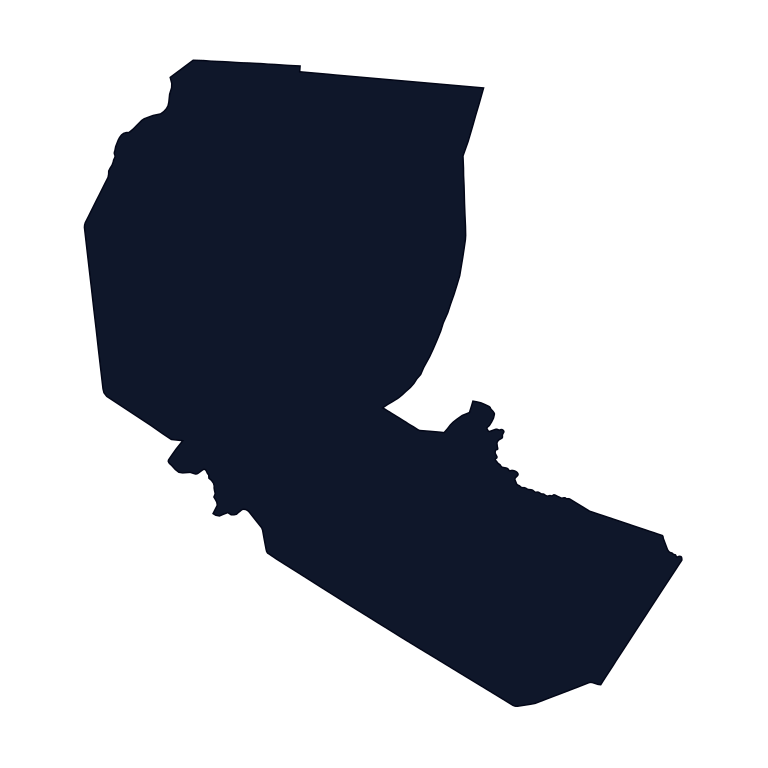 the border of Michigan, rotated 185°
{"feature_id": "USA-3562", "entity_name": "Michigan", "entity_type": "State", "adm_level": 1, "iso_a3": "USA", "parent_name": "United States of America", "parent_adm1": "", "projection": "robinson", "projection_center": [-86.829, 45.001], "detail": "fine", "context": "isolated", "style": "filled", "palette": "ink", "viewbox_px": 768, "rotation_deg": 185, "n_neighbors": 0, "source": "natural_earth", "source_scale": "10m", "svg_char_len": 6102}
<svg xmlns="http://www.w3.org/2000/svg" viewBox="0 0 768 768"><g transform="rotate(185 384 384)"><path d="M141.9,103.3L144.7,103.4L150.2,104.7L152.0,104.8L153.7,104.4L160.7,100.9L171.9,95.4L195.2,84.1L205.6,79.0L210.3,77.7L223.0,74.6L225.3,74.5L227.5,75.1L241.3,82.0L269.0,95.7L282.8,102.5L296.7,109.4L310.6,116.3L324.5,123.1L338.4,130.0L346.2,133.9L354.0,137.9L361.7,141.8L369.5,145.7L377.3,149.7L400.7,161.5L410.0,166.3L428.7,175.9L447.4,185.6L456.7,190.4L466.1,195.2L475.4,200.0L476.7,200.7L477.9,201.4L479.1,202.1L480.3,202.7L481.5,203.4L482.7,204.1L484.0,204.8L485.2,205.4L486.3,206.9L487.0,208.9L488.5,214.2L490.0,219.6L492.2,227.8L493.3,230.1L499.3,236.4L507.2,244.8L508.9,246.1L510.8,246.9L513.0,247.0L514.5,246.5L515.5,245.6L516.5,244.5L517.8,243.4L519.6,241.4L522.1,240.6L524.9,240.4L528.4,242.3L533.1,240.0L536.4,238.2L540.2,238.6L543.0,240.0L539.5,248.7L540.3,251.8L541.8,254.1L543.6,256.6L543.0,258.5L542.6,259.8L543.0,261.5L543.6,263.2L544.2,265.7L544.2,266.9L544.4,268.1L545.2,270.3L547.5,273.0L550.2,274.9L550.7,278.2L551.1,278.5L552.1,279.6L553.6,282.2L554.5,283.1L555.8,283.4L557.0,282.8L561.3,279.0L562.5,278.2L563.8,277.9L565.4,278.2L569.3,279.1L576.9,277.9L580.7,278.2L584.4,280.6L588.7,284.6L590.0,285.5L591.4,286.8L592.2,288.3L592.0,289.6L588.8,295.3L585.4,301.1L579.5,310.0L591.0,310.2L600.5,315.4L612.6,322.4L626.3,329.8L659.1,347.5L662.2,350.9L663.5,354.7L671.6,394.0L675.6,413.9L679.7,433.7L683.7,453.5L687.8,473.3L695.9,513.0L696.1,514.0L696.1,516.3L695.6,518.8L693.2,524.7L690.9,530.6L686.3,542.3L683.9,548.2L679.3,559.9L676.9,565.8L676.6,569.0L676.8,572.2L675.6,575.2L674.0,578.3L673.1,581.6L672.9,583.5L671.9,586.2L671.7,587.7L672.6,589.7L672.8,590.4L672.8,591.4L672.4,593.1L672.0,597.1L670.0,603.9L668.9,606.5L667.2,609.2L665.2,611.0L662.7,612.0L660.0,612.3L656.2,616.0L648.3,625.5L645.9,627.4L637.4,631.4L630.1,633.6L627.1,636.2L624.8,639.2L623.4,642.3L622.9,646.0L622.8,654.0L621.4,660.6L621.6,664.9L623.7,670.8L602.3,689.9L591.5,690.5L584.9,690.5L578.3,690.8L572.4,691.1L565.8,691.3L559.7,691.4L553.1,691.6L546.5,692.0L540.1,692.2L534.0,692.5L527.4,692.5L520.9,692.8L514.5,692.9L508.0,693.0L495.3,693.5L495.2,687.7L490.0,687.7L478.1,687.7L466.2,687.7L460.2,687.6L454.2,687.6L442.3,687.6L436.3,687.6L430.4,687.6L418.4,687.6L406.5,687.6L394.6,687.6L388.6,687.6L382.6,687.6L376.7,687.6L370.7,687.6L364.8,687.6L346.9,687.6L334.9,687.6L323.0,687.6L317.0,687.6L311.1,687.6L310.6,687.6L311.9,680.8L313.7,671.3L316.1,659.6L317.9,650.0L319.6,641.5L321.4,632.7L325.2,618.1L323.6,605.8L322.9,598.7L321.6,589.0L320.6,580.4L319.6,571.5L318.1,559.6L316.6,548.3L315.6,539.1L315.5,534.8L316.0,525.9L316.6,516.5L317.5,505.0L318.0,498.5L320.1,488.3L322.1,479.2L324.6,469.6L326.7,460.5L330.3,450.0L332.1,441.8L335.0,432.4L338.0,423.3L340.9,415.3L345.9,403.9L348.3,396.7L351.7,392.1L354.2,387.3L357.4,382.9L361.8,378.3L364.7,375.0L368.4,371.4L374.1,367.1L378.5,364.0L383.3,360.1L380.6,358.9L378.2,357.6L376.0,356.6L373.6,355.3L370.9,354.0L368.6,352.8L366.1,351.6L361.3,349.1L358.8,347.9L356.4,346.5L353.9,345.3L351.0,344.0L346.2,341.4L344.6,340.8L332.7,340.9L324.4,340.9L319.9,340.8L316.9,344.9L314.3,349.0L311.8,352.0L308.4,355.2L303.3,359.5L296.4,363.0L294.9,369.7L293.9,374.7L289.9,374.3L285.8,373.7L281.8,372.4L277.5,370.8L276.2,369.9L276.1,369.5L275.7,368.8L274.9,367.9L273.1,366.3L272.0,365.0L271.5,364.2L271.4,363.5L271.8,360.5L272.0,359.4L273.5,355.6L275.4,351.9L276.1,351.1L277.2,350.0L277.6,349.4L277.6,348.9L277.5,348.4L277.0,347.6L276.4,346.7L275.9,346.2L275.5,345.9L275.0,345.9L274.5,346.0L268.9,348.6L268.4,348.7L267.8,348.8L267.2,348.7L265.5,348.2L264.9,348.2L264.4,348.4L263.5,348.8L262.9,348.9L262.2,348.8L261.0,348.1L260.6,347.5L260.4,346.9L260.5,346.4L261.4,344.4L261.5,343.8L261.6,343.0L261.4,341.9L261.4,341.1L261.7,340.5L262.0,340.2L264.5,338.5L264.8,338.2L265.1,337.8L265.7,337.0L266.1,336.0L266.3,335.5L266.4,335.2L266.3,334.6L265.7,331.7L265.1,329.8L265.1,329.0L265.5,328.6L266.0,328.5L266.5,328.3L266.8,328.0L267.1,327.4L267.3,326.6L267.3,325.4L267.2,324.7L266.9,324.2L265.7,322.3L265.1,321.3L265.1,320.6L265.3,320.1L266.1,319.5L266.4,319.2L266.6,318.7L266.6,318.4L266.5,318.1L266.1,317.6L265.0,316.6L264.1,315.5L263.4,314.9L261.6,313.8L261.2,313.5L260.3,312.3L260.0,312.0L259.6,311.7L259.1,311.4L258.5,311.3L255.2,311.0L254.0,310.7L253.5,310.5L253.1,310.2L252.8,309.9L251.9,308.8L251.7,308.7L251.3,308.5L250.9,308.5L249.4,309.0L248.2,309.1L247.5,309.0L246.3,308.8L245.2,308.4L244.1,307.8L243.5,307.3L242.8,306.4L242.6,305.8L242.6,305.2L242.8,304.7L243.1,304.2L244.7,302.3L245.0,301.8L245.3,301.3L245.4,300.5L245.1,299.8L243.2,296.0L242.6,295.4L241.9,295.0L240.7,294.6L240.2,294.4L238.3,293.0L237.7,292.8L237.2,292.8L236.0,292.9L235.4,293.0L234.8,292.9L233.5,292.5L232.2,291.8L231.6,291.6L231.0,291.5L228.4,291.5L227.1,291.3L226.6,291.1L224.7,289.8L224.1,289.4L223.4,289.3L221.9,289.7L221.2,289.7L220.5,289.6L217.9,288.3L217.4,288.2L216.8,288.2L216.3,288.3L215.7,288.3L215.0,288.1L213.7,287.3L212.9,286.9L212.2,286.7L211.6,286.6L211.0,286.6L210.5,286.8L209.6,287.2L209.0,287.3L208.4,287.3L207.9,287.2L207.3,287.1L206.8,287.2L205.2,288.4L204.6,288.4L203.7,288.2L201.1,287.1L199.5,286.6L198.3,286.1L197.5,285.8L196.8,285.8L196.3,285.9L194.7,286.4L194.1,286.4L193.3,286.3L192.8,285.8L192.2,285.6L191.7,285.6L190.6,285.8L190.1,285.8L189.1,285.7L182.9,282.6L174.0,278.2L169.6,276.0L168.1,275.2L165.4,274.6L164.6,274.4L158.9,273.0L154.5,272.0L143.3,269.3L137.0,267.8L123.9,264.6L117.6,263.1L111.7,261.7L106.5,260.4L102.0,259.4L98.6,258.5L95.6,257.8L93.5,257.3L93.1,256.9L92.8,256.4L92.3,254.5L89.2,248.0L87.2,243.8L86.3,242.6L85.4,241.7L84.6,241.2L83.9,241.0L83.2,240.9L82.3,240.7L81.7,240.3L81.0,239.6L80.3,239.4L78.8,239.2L78.4,238.7L77.7,237.4L77.2,237.1L76.7,237.2L75.4,237.9L74.8,238.1L74.2,238.1L73.3,238.0L72.8,237.7L72.5,237.3L72.2,236.4L71.9,234.6L72.6,233.2L74.8,229.2L76.9,225.2L85.5,209.3L89.8,201.3L96.2,189.3L100.5,181.3L102.6,177.3L106.9,169.3L109.1,165.2L111.3,161.1L115.7,152.8L122.3,140.4L124.5,136.3L126.7,132.2L128.9,128.1L131.0,123.9L133.2,119.8L137.6,111.6L139.8,107.4L141.9,103.3Z" fill="#0f172a" stroke="#020617" stroke-width="1.5"/></g></svg>